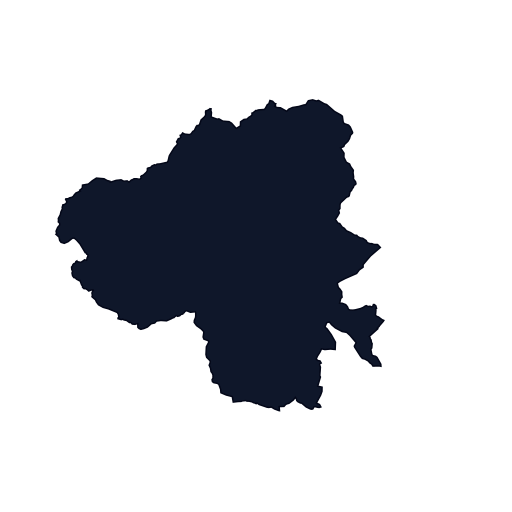 Ramet, Alba, Romania, rotated 51°
{"feature_id": "2599482B41424477367758", "entity_name": "Ramet", "entity_type": "district", "adm_level": 2, "iso_a3": "ROU", "parent_name": "Romania", "parent_adm1": "Alba", "projection": "orthographic", "projection_center": [23.514, 46.33], "detail": "fine", "context": "isolated", "style": "filled", "palette": "ink", "viewbox_px": 512, "rotation_deg": 51, "n_neighbors": 0, "source": "geoboundaries", "source_scale": "gbopen_adm2", "svg_char_len": 6146}
<svg xmlns="http://www.w3.org/2000/svg" viewBox="0 0 512 512"><g transform="rotate(51 256 256)"><path d="M217.9,402.7L220.7,400.7L221.2,399.4L222.6,398.8L224.7,397.1L228.1,396.2L228.6,395.4L229.4,395.1L231.0,395.0L232.9,393.1L234.1,390.4L237.1,392.7L238.8,392.5L240.5,391.6L241.8,388.8L242.9,385.1L242.7,380.0L244.3,376.9L243.9,374.3L246.2,370.5L250.1,366.3L251.5,361.1L251.7,359.4L252.2,358.8L252.0,355.5L253.5,354.9L254.4,352.9L254.2,351.2L255.0,349.4L254.7,349.0L254.8,347.4L254.3,346.0L254.7,344.8L254.9,344.3L258.4,342.4L261.2,338.2L262.3,338.7L264.8,340.7L265.8,341.8L267.2,344.4L268.7,345.8L272.7,346.0L278.1,344.5L281.5,344.2L282.6,344.7L285.7,348.1L287.8,348.8L291.3,346.7L292.6,346.4L293.4,347.3L295.3,351.7L301.1,356.9L303.7,358.1L308.4,357.6L309.0,357.8L310.2,358.9L311.4,361.1L314.7,362.0L317.6,363.7L319.4,363.7L321.4,364.3L323.9,366.3L324.4,367.9L325.7,368.7L326.3,368.9L327.9,368.5L330.5,366.3L332.2,365.6L337.4,367.4L340.2,369.3L345.3,366.6L350.3,362.9L355.2,365.6L357.8,361.5L359.6,359.1L360.0,357.8L362.0,354.8L362.9,354.5L364.5,352.7L367.1,350.7L368.4,350.3L369.2,349.6L370.9,348.8L370.9,347.7L373.4,347.0L380.4,342.6L381.7,341.4L383.1,339.1L386.5,337.9L390.7,335.4L391.0,335.1L387.6,332.8L390.5,328.9L390.1,326.7L390.2,325.4L391.2,323.1L391.4,317.6L390.6,314.4L392.5,314.6L394.0,315.3L395.4,315.2L398.2,314.0L399.0,313.1L404.9,312.0L409.1,310.0L410.1,309.1L410.6,308.1L409.8,306.2L410.0,305.1L412.7,303.0L413.6,302.0L414.1,300.6L411.4,300.1L408.2,301.6L404.8,293.4L402.7,289.9L399.5,287.2L396.0,290.0L390.6,282.1L389.1,281.7L382.9,275.9L380.5,275.0L379.9,274.3L380.2,272.7L377.8,272.3L376.2,273.7L374.0,274.1L372.5,271.3L370.9,266.6L369.4,263.5L372.0,261.4L375.2,256.6L378.5,253.3L373.0,248.5L364.5,247.0L357.2,246.6L355.0,247.1L354.5,246.9L352.3,243.0L353.5,240.5L357.0,240.5L361.8,239.6L368.9,236.6L372.4,233.6L376.8,232.9L386.4,232.7L387.9,236.3L389.0,236.7L399.8,237.9L402.5,237.8L404.7,236.2L408.3,234.8L410.6,234.8L412.9,234.1L415.1,234.4L419.1,229.3L420.3,228.3L418.6,227.1L411.0,225.8L409.2,226.2L407.0,227.9L405.7,228.1L400.9,225.6L400.3,223.9L397.2,220.9L395.7,220.6L393.6,219.4L392.0,219.3L391.4,218.8L389.8,218.6L389.2,207.1L388.4,207.1L388.2,204.6L387.9,204.0L386.9,198.3L386.5,197.2L384.8,198.1L380.4,199.2L378.8,200.2L377.2,200.4L373.9,197.2L372.4,196.2L372.6,195.3L370.1,194.2L368.2,194.6L367.6,195.3L368.7,197.1L368.2,198.3L366.8,199.0L365.7,200.8L364.0,201.5L363.6,202.7L363.4,205.1L362.6,207.9L360.3,212.8L359.0,214.9L357.1,217.0L355.5,217.7L353.3,216.9L350.9,216.8L349.8,217.1L346.9,218.8L345.3,220.7L342.4,217.0L342.2,215.0L339.8,213.6L337.8,211.9L334.6,211.6L332.2,211.8L328.9,210.3L328.2,209.7L328.4,206.7L329.6,200.9L332.9,188.8L331.8,184.4L332.1,179.8L330.1,178.2L328.0,167.0L327.6,154.0L323.6,154.3L321.2,157.1L319.3,158.2L318.1,159.6L316.8,160.5L315.4,161.1L313.3,160.7L309.4,161.9L307.5,163.6L304.9,164.7L303.3,164.7L301.9,166.3L297.5,167.7L293.2,169.9L290.1,169.9L287.7,170.8L283.5,170.5L282.0,171.6L277.5,171.3L276.4,167.6L275.0,164.2L272.3,162.9L272.0,161.0L268.9,158.4L267.9,156.8L267.3,149.2L267.4,148.1L267.9,146.9L267.9,145.8L265.4,142.6L265.1,140.4L264.0,138.3L264.1,137.5L262.8,135.3L263.1,133.5L262.7,132.8L260.9,131.9L257.9,131.8L257.1,131.5L255.9,130.3L252.4,128.2L250.6,126.4L246.0,126.1L243.4,125.4L240.0,126.8L234.6,125.6L231.5,122.9L225.2,122.3L226.1,119.1L226.0,118.5L225.1,117.3L224.7,112.4L223.6,109.5L221.6,106.5L221.3,103.8L220.7,103.1L215.1,101.6L212.5,101.7L208.5,104.2L206.7,103.9L201.7,100.9L199.8,101.3L193.1,104.0L182.7,105.8L180.6,107.2L174.4,109.5L173.5,111.6L170.3,113.7L168.3,117.6L169.8,122.1L168.8,123.6L166.7,128.7L163.6,134.1L162.5,138.1L162.8,141.1L156.2,143.7L153.9,146.2L151.5,147.3L151.1,146.7L151.4,146.6L151.4,146.2L150.7,145.8L150.1,144.8L149.3,145.5L146.2,145.7L143.9,147.3L145.8,150.3L145.5,151.9L147.0,155.5L147.4,157.2L144.1,162.0L143.7,162.9L143.6,163.8L142.8,164.5L142.8,168.4L142.4,169.2L144.0,170.5L144.0,172.5L143.7,174.2L143.9,176.6L143.8,177.1L142.3,179.4L142.0,183.6L145.1,186.3L144.4,191.1L137.4,191.4L134.6,192.4L130.3,196.9L126.1,198.5L125.2,200.1L119.7,203.4L116.6,200.4L114.2,199.3L113.4,198.3L112.5,199.1L112.7,200.0L112.3,201.0L112.4,201.9L111.6,203.6L112.3,204.6L114.3,206.0L115.1,207.1L115.5,209.0L115.7,213.0L118.3,217.1L118.3,219.0L117.5,219.6L117.7,220.9L119.7,225.0L119.4,226.7L120.2,229.5L119.8,231.3L116.4,234.7L114.2,235.6L114.9,237.8L114.5,239.0L116.5,239.8L116.5,241.6L115.9,242.5L116.2,243.2L117.3,245.9L119.5,246.3L119.9,247.6L120.5,251.6L123.1,259.1L123.7,260.5L126.6,264.2L127.4,265.8L124.0,272.7L122.3,275.1L122.2,276.8L121.2,277.5L120.5,280.5L120.9,282.1L119.7,284.5L119.6,285.3L121.3,286.8L121.9,288.4L122.2,292.7L121.6,294.6L121.8,295.6L123.1,296.2L123.2,298.1L120.7,300.3L119.2,302.2L118.9,304.4L118.5,304.9L118.7,307.9L118.4,308.3L116.6,308.8L114.7,311.7L111.9,312.9L109.2,317.1L107.0,322.8L106.1,322.4L103.6,324.2L100.3,325.5L95.0,331.0L94.5,335.8L94.6,341.0L91.7,346.2L93.8,348.2L94.0,349.8L93.9,351.6L95.0,351.7L93.7,356.3L94.1,358.8L94.6,360.2L94.6,361.8L93.3,364.7L93.5,365.5L91.9,367.9L92.1,368.3L94.9,368.9L95.6,370.6L95.6,371.4L95.1,373.3L94.7,373.8L96.2,376.0L97.5,376.8L98.8,379.6L100.8,382.2L102.4,386.0L103.9,387.0L105.1,388.2L106.4,387.9L107.6,388.4L108.4,389.2L108.9,392.0L110.6,395.3L111.2,396.0L112.8,396.6L113.2,397.0L113.2,397.8L117.3,397.2L120.4,398.8L122.7,398.9L125.5,397.0L126.6,393.1L126.6,387.6L127.7,386.0L130.6,385.4L136.0,385.2L145.9,386.6L146.3,386.1L148.1,386.4L148.9,385.9L149.6,385.9L150.4,387.1L150.9,387.1L151.1,388.4L152.7,390.2L152.6,390.6L151.1,391.5L150.8,396.0L147.8,398.6L147.1,398.3L147.0,399.6L147.7,400.5L147.6,401.9L147.3,402.4L147.5,403.7L148.3,405.0L148.5,406.3L150.4,407.6L152.5,408.2L153.4,409.7L155.9,411.0L158.2,411.1L159.4,410.1L160.9,410.1L164.1,408.8L164.3,408.2L168.7,409.7L170.1,409.7L171.2,410.5L173.2,410.2L174.1,409.0L175.9,408.3L178.0,408.0L178.5,406.2L179.2,404.6L179.9,404.0L180.5,404.1L180.5,405.0L181.5,406.8L183.6,407.9L184.2,408.9L184.6,409.1L189.0,408.3L191.3,408.9L194.8,409.1L199.7,407.1L204.2,403.9L212.8,399.2L213.4,399.5L213.8,399.3L216.4,400.5L217.3,401.2L217.3,402.2L217.9,402.7Z" fill="#0f172a" stroke="#020617" stroke-width="1.5"/></g></svg>